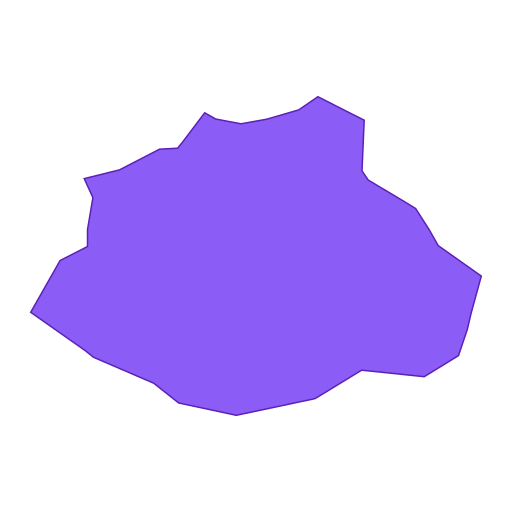 Bu'rd, Övörhangay, Mongolia
{"feature_id": "93677404B24392895024696", "entity_name": "Bu'rd", "entity_type": "district", "adm_level": 2, "iso_a3": "MNG", "parent_name": "Mongolia", "parent_adm1": "Övörhangay", "projection": "orthographic", "projection_center": [103.904, 47.077], "detail": "fine", "context": "isolated", "style": "filled", "palette": "violet", "viewbox_px": 512, "rotation_deg": 0, "n_neighbors": 0, "source": "geoboundaries", "source_scale": "gbopen_adm2", "svg_char_len": 579}
<svg xmlns="http://www.w3.org/2000/svg" viewBox="0 0 512 512"><path d="M424.2,376.7L458.5,355.6L467.3,329.5L467.4,329.0L471.1,313.3L481.3,276.1L438.2,245.6L429.5,230.2L415.7,208.6L405.5,202.3L368.3,180.1L362.0,170.9L364.2,120.2L336.5,106.2L317.9,96.7L298.7,109.9L266.7,119.2L240.9,123.8L215.6,119.0L204.7,112.8L182.4,142.3L177.6,148.2L159.5,149.2L119.4,169.9L84.2,178.6L92.9,197.6L87.5,229.6L87.5,246.5L60.1,260.5L30.7,312.3L85.2,350.6L93.5,357.3L153.7,383.2L178.7,403.0L236.3,415.3L315.1,398.6L361.6,370.2L424.2,376.7Z" fill="#8b5cf6" stroke="#5b21b6" stroke-width="1.5"/></svg>